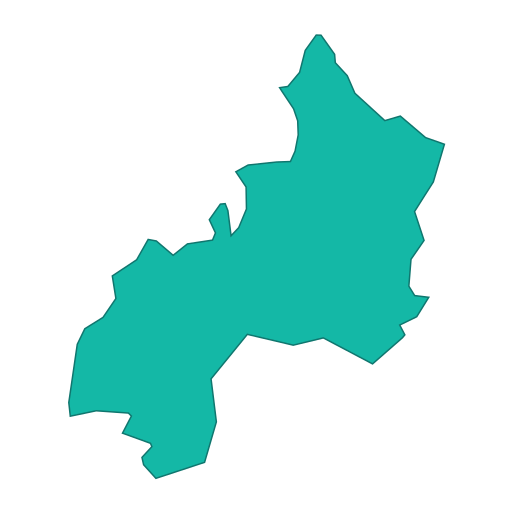 Central Bedfordshire, Albers equal-area conic projection, rotated 178°
{"feature_id": "GBR-5697", "entity_name": "Central Bedfordshire", "entity_type": "Unitary Authority", "adm_level": 1, "iso_a3": "GBR", "parent_name": "United Kingdom", "parent_adm1": "", "projection": "albers", "projection_center": [-0.422, 51.997], "detail": "fine", "context": "isolated", "style": "filled", "palette": "teal", "viewbox_px": 512, "rotation_deg": 178, "n_neighbors": 0, "source": "natural_earth", "source_scale": "10m", "svg_char_len": 1041}
<svg xmlns="http://www.w3.org/2000/svg" viewBox="0 0 512 512"><g transform="rotate(178 256 256)"><path d="M85.3,310.6L96.0,294.9L87.5,265.7L101.2,247.3L104.3,220.5L98.8,210.9L84.8,208.7L97.5,189.7L114.8,182.0L110.0,172.0L112.5,169.2L143.3,144.1L191.6,171.8L221.9,165.6L267.4,178.0L305.2,134.8L301.4,91.6L314.6,51.6L363.8,37.3L375.6,51.3L377.0,58.7L366.7,69.1L368.0,72.5L395.6,83.6L386.1,100.4L389.0,103.5L421.1,106.9L447.2,102.4L448.2,116.1L437.7,174.0L429.6,189.3L411.0,200.0L397.5,218.4L400.3,241.1L375.4,256.4L363.2,276.3L355.1,274.5L338.8,259.6L324.1,270.5L298.9,273.4L295.7,280.5L301.4,293.9L289.8,309.1L285.0,309.4L282.5,302.3L280.2,277.1L272.3,284.9L263.9,303.3L263.5,325.3L273.2,340.9L260.7,347.2L232.0,349.2L218.3,349.2L213.3,359.4L209.6,375.5L209.6,389.6L213.3,401.8L224.5,420.0L226.5,423.4L218.3,424.3L206.0,438.0L199.6,459.8L188.1,474.7L183.3,474.4L170.4,454.8L170.0,446.4L158.5,433.0L151.5,415.2L122.5,386.8L106.9,390.8L82.4,368.4L63.8,361.1L76.2,323.8L85.3,310.6Z" fill="#14b8a6" stroke="#0f766e" stroke-width="1.5"/></g></svg>